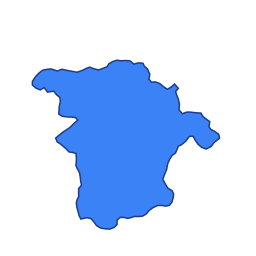 outline of Goianá, Minas Gerais, Brazil, rotated 246°
{"feature_id": "56859067B11072969012778", "entity_name": "Goianá", "entity_type": "district", "adm_level": 2, "iso_a3": "BRA", "parent_name": "Brazil", "parent_adm1": "Minas Gerais", "projection": "albers", "projection_center": [-43.187, -21.563], "detail": "fine", "context": "isolated", "style": "filled", "palette": "blue", "viewbox_px": 256, "rotation_deg": 246, "n_neighbors": 0, "source": "geoboundaries", "source_scale": "gbopen_adm2", "svg_char_len": 1893}
<svg xmlns="http://www.w3.org/2000/svg" viewBox="0 0 256 256"><g transform="rotate(246 128 128)"><path d="M143.8,190.1L149.2,188.4L147.8,183.9L147.4,179.7L151.1,177.4L155.7,175.1L159.1,171.6L160.3,168.0L164.2,167.0L168.2,169.8L174.1,169.8L177.6,168.1L181.1,168.0L183.3,164.0L184.0,159.3L188.6,157.1L190.7,153.1L192.2,149.0L194.5,145.4L194.9,141.0L194.5,136.6L192.5,134.0L192.7,129.7L193.0,124.7L196.1,120.8L199.2,117.7L199.4,114.1L199.2,109.8L199.7,104.1L203.3,98.8L206.0,95.0L208.6,91.5L208.8,86.6L211.3,84.0L213.4,81.5L214.5,77.9L215.5,73.7L214.7,69.9L213.2,65.9L211.6,62.9L209.4,59.6L206.2,58.1L201.6,60.3L198.5,63.3L199.0,67.9L193.6,69.0L191.9,75.1L187.2,76.3L183.7,78.1L180.1,77.2L176.2,74.3L172.1,72.1L168.8,70.4L165.6,72.6L163.1,76.5L160.8,81.1L158.7,84.4L155.6,85.3L154.2,80.5L152.2,75.5L151.4,71.3L150.8,67.5L149.7,62.9L148.2,57.8L144.3,57.6L140.1,60.2L134.8,62.7L130.1,64.4L128.1,67.5L125.9,70.1L121.9,68.8L118.2,67.0L114.8,65.1L111.5,65.1L106.9,65.5L102.5,64.4L99.2,63.3L94.6,62.2L92.8,58.3L88.9,56.5L85.3,55.0L83.2,52.3L80.5,50.3L77.1,49.2L72.8,48.5L67.9,47.7L64.0,47.9L62.8,53.9L60.2,57.4L55.8,58.7L51.6,59.6L47.7,62.3L45.1,66.3L43.0,70.3L42.9,75.2L44.3,78.7L48.3,80.6L49.5,84.4L47.9,88.1L45.6,90.8L44.9,94.1L44.7,97.6L43.0,101.2L41.6,105.3L42.0,109.5L44.1,113.9L45.1,118.5L45.1,123.8L43.5,127.3L41.2,130.9L40.5,134.4L42.4,138.0L46.1,141.0L49.0,142.8L52.8,142.8L56.9,139.9L62.2,139.3L67.1,139.0L70.8,142.6L74.2,146.3L79.3,149.8L82.6,153.5L85.0,157.2L85.8,161.2L88.1,163.7L90.8,166.5L91.1,170.7L92.7,176.0L95.5,180.7L93.9,184.2L89.7,184.4L84.8,185.3L80.2,187.5L77.0,190.8L77.3,196.5L79.7,200.7L81.4,207.5L85.4,208.3L89.9,205.7L92.8,203.3L95.9,202.4L100.6,205.3L104.2,203.1L108.0,201.2L112.0,200.7L114.3,196.2L117.4,191.0L118.7,187.9L118.9,183.5L123.9,182.0L128.9,184.7L133.8,185.7L137.9,185.9L141.9,186.3L143.8,190.1Z" fill="#3b82f6" stroke="#1e3a8a" stroke-width="1.5"/></g></svg>